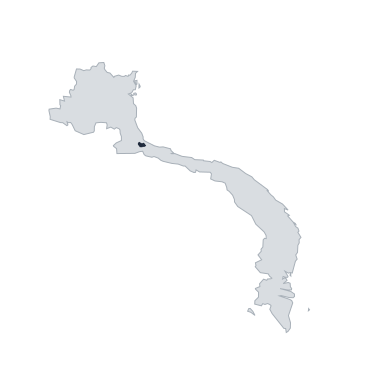 Do Luong, Nghệ An, Vietnam shown in context, rotated 320°
{"feature_id": "81297802B2130126961507", "entity_name": "Do Luong", "entity_type": "district", "adm_level": 2, "iso_a3": "VNM", "parent_name": "Vietnam", "parent_adm1": "Nghệ An", "projection": "equal_earth", "projection_center": [105.341, 18.916], "detail": "fine", "context": "in_parent", "style": "filled", "palette": "slate", "viewbox_px": 384, "rotation_deg": 320, "n_neighbors": 0, "source": "geoboundaries", "source_scale": "gbopen_adm2", "svg_char_len": 5194}
<svg xmlns="http://www.w3.org/2000/svg" viewBox="0 0 384 384"><g transform="rotate(320 192 192)"><path d="M227.8,64.6L225.0,64.8L222.2,67.7L218.4,69.6L217.5,74.8L214.3,77.2L212.8,76.0L209.6,77.2L206.2,76.0L207.4,82.0L204.0,86.7L204.4,89.7L203.5,92.1L197.6,98.8L195.8,98.9L194.5,100.0L191.7,107.9L191.3,114.6L190.0,118.3L188.7,119.9L188.4,122.0L192.9,132.5L195.9,136.7L198.9,138.9L203.3,145.1L202.6,146.8L203.0,150.3L200.9,149.3L201.1,149.7L203.6,151.6L207.3,158.3L213.9,165.4L214.9,169.0L221.2,174.8L221.0,175.6L225.5,180.3L226.1,182.2L229.4,182.0L232.5,187.4L233.5,187.5L233.8,189.8L238.8,199.0L243.0,203.8L245.0,212.4L247.6,218.9L247.6,222.7L251.4,238.7L251.2,240.8L250.4,238.7L250.6,244.8L251.2,248.0L250.9,252.0L253.6,259.4L254.0,267.6L252.1,264.1L250.1,266.6L251.6,272.4L249.9,271.9L250.1,279.8L250.9,282.5L250.7,283.6L249.9,281.5L249.2,285.2L249.9,287.8L248.8,290.7L247.2,290.9L246.3,296.8L243.4,297.3L241.4,299.9L238.8,300.9L234.0,306.1L231.0,306.9L229.4,311.0L226.7,311.5L216.7,318.5L215.5,316.8L213.7,316.2L212.3,312.4L211.3,318.4L210.5,318.8L209.0,317.7L207.5,315.3L205.4,316.9L207.8,317.4L208.4,319.0L208.0,320.8L203.0,320.8L207.6,323.2L208.5,325.0L206.4,327.9L206.3,330.0L205.3,330.9L202.8,329.1L197.4,322.6L203.8,331.8L204.9,336.0L203.4,337.9L201.5,338.0L198.5,335.2L193.7,328.6L192.1,327.7L197.8,337.1L198.6,339.2L197.9,341.7L186.4,348.7L183.4,355.5L179.8,359.5L175.9,360.5L173.9,360.2L176.0,356.8L174.7,355.5L175.2,336.8L176.2,331.9L179.4,330.0L179.5,329.0L178.3,326.1L175.6,325.0L174.4,323.0L172.0,323.8L168.0,318.2L170.3,315.7L175.3,315.3L178.6,311.5L178.2,307.2L178.6,306.6L183.2,308.1L184.8,305.7L190.8,304.8L192.5,307.7L193.9,307.2L196.7,309.2L197.8,309.3L197.3,306.4L197.8,303.7L192.5,297.7L192.4,289.9L193.7,289.5L195.1,287.0L201.8,288.7L202.1,282.6L207.0,281.9L208.1,280.2L210.9,279.7L215.8,274.4L217.8,274.1L218.9,275.4L220.8,273.0L221.6,269.0L220.2,257.7L222.4,248.3L217.7,232.5L218.2,226.9L219.7,225.0L221.1,220.5L220.9,215.4L220.2,212.9L221.4,211.1L223.1,206.6L221.6,203.5L216.7,198.3L214.7,194.0L218.6,190.6L218.6,188.5L210.7,181.5L209.3,177.7L207.4,179.2L206.0,178.3L204.2,174.7L203.4,167.7L202.1,166.6L199.4,161.8L195.0,157.2L189.6,149.9L188.5,147.7L187.9,144.3L185.7,140.4L183.6,139.6L179.9,134.7L179.4,132.6L180.4,129.1L177.8,127.4L173.1,125.7L159.2,114.3L162.1,110.3L161.3,106.6L161.6,105.9L165.5,105.7L171.0,107.2L173.6,104.1L174.8,100.8L176.7,98.2L176.8,96.7L175.4,94.0L172.9,93.9L171.5,90.1L167.3,88.6L170.1,86.1L171.0,84.0L167.0,80.1L162.9,77.3L159.2,79.2L156.4,82.4L155.0,82.9L146.1,78.5L141.9,70.0L143.6,63.2L143.7,60.7L141.9,59.5L141.4,57.9L140.1,60.8L138.8,60.8L137.5,55.7L136.0,54.5L130.0,45.1L131.9,43.1L134.7,37.7L135.8,36.7L141.8,40.4L144.3,43.5L146.9,41.4L146.9,40.3L150.1,36.3L152.8,40.4L155.0,36.0L160.3,41.5L161.1,40.4L162.2,36.7L163.7,35.6L164.9,35.4L166.3,37.6L167.5,37.8L170.1,35.5L172.8,35.1L174.6,33.2L175.1,28.9L175.8,28.1L182.6,23.5L185.3,25.9L187.1,29.5L189.5,30.5L192.1,32.9L194.0,32.6L194.7,31.7L197.1,31.8L199.3,34.4L203.7,33.2L207.7,36.1L206.4,39.3L204.4,40.7L203.9,42.3L203.9,45.9L205.6,48.1L205.8,54.0L206.9,53.5L211.0,55.3L212.5,58.2L214.4,59.9L216.0,60.0L217.3,62.3L218.7,61.6L219.4,62.6L222.2,62.2L224.2,61.3L227.8,64.6ZM161.7,318.6L161.9,322.5L160.9,327.0L159.8,322.1L158.0,319.1L160.4,317.8L161.7,318.6ZM221.6,71.1L219.2,74.0L218.3,73.9L219.5,70.0L221.6,71.1ZM212.1,81.7L211.4,81.8L210.0,80.0L210.8,79.0L212.3,79.7L212.6,80.5L212.1,81.7ZM220.3,77.7L219.3,78.3L218.2,78.2L220.8,75.3L220.3,77.7ZM208.1,77.7L209.1,80.6L207.7,79.1L208.1,77.7ZM215.6,317.4L213.7,319.9L213.6,318.7L215.6,317.4ZM206.3,357.8L204.8,357.8L206.4,356.3L206.3,357.8Z" fill="#d9dde1" stroke="#a8b0b8" stroke-width="1"/><path d="M181.6,123.7L181.7,123.8L181.8,123.9L181.8,124.0L182.0,124.1L182.2,123.9L182.3,123.7L182.5,123.7L182.5,123.8L182.7,123.7L182.8,123.7L182.9,123.8L183.0,123.8L182.9,123.9L182.9,124.1L182.9,124.4L182.8,124.5L182.7,124.5L182.6,124.8L182.7,125.0L182.7,124.9L182.8,124.9L182.9,125.0L183.0,125.0L183.2,124.9L183.3,124.9L183.4,125.0L183.5,125.0L183.6,124.9L183.7,125.0L183.7,124.9L183.7,124.7L183.8,124.7L184.0,124.7L184.0,124.8L184.2,125.0L184.3,125.4L184.3,125.5L184.5,125.6L184.6,125.8L184.7,126.0L184.8,126.1L185.0,126.1L185.2,125.9L185.3,125.9L185.4,126.0L185.5,126.1L185.7,126.3L185.8,126.3L186.0,126.3L186.0,126.2L185.9,126.0L185.9,125.9L185.9,125.7L185.8,125.4L185.8,125.2L186.0,125.0L185.9,124.9L186.0,124.8L186.0,124.7L185.9,124.5L185.9,124.4L185.9,124.2L186.0,124.2L186.0,123.9L185.9,123.9L185.7,123.8L185.7,123.7L185.4,123.5L185.2,123.6L184.9,123.5L184.7,123.6L184.5,123.4L184.4,123.2L184.2,123.0L184.1,122.9L184.1,122.7L184.0,122.4L183.9,122.4L184.0,122.3L184.0,122.2L183.9,122.0L183.7,122.0L183.5,121.9L183.4,121.9L183.3,121.7L183.2,121.7L183.0,121.4L183.1,121.2L183.2,120.9L183.2,120.7L183.2,120.4L183.3,120.4L183.2,120.1L183.1,119.9L183.1,120.0L182.9,120.2L182.9,120.3L182.7,120.4L182.7,120.5L182.4,120.7L182.3,120.8L182.3,120.7L182.2,120.7L182.1,120.8L182.1,121.0L181.9,121.0L181.8,121.3L181.8,121.5L181.8,121.8L181.9,122.0L182.0,122.1L182.0,122.3L182.1,122.5L182.0,122.8L181.9,122.8L182.0,123.1L182.2,123.3L182.0,123.5L181.9,123.5L181.7,123.6L181.6,123.7Z" fill="#64748b" stroke="#1e293b" stroke-width="1.5"/></g></svg>